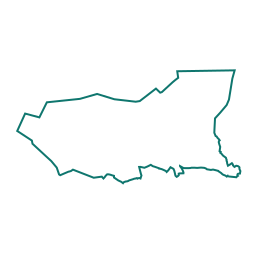 Ekwusigo, Anambra, Nigeria, rotated 88°
{"feature_id": "59680162B99060674505372", "entity_name": "Ekwusigo", "entity_type": "district", "adm_level": 2, "iso_a3": "NGA", "parent_name": "Nigeria", "parent_adm1": "Anambra", "projection": "equal_earth", "projection_center": [6.858, 5.982], "detail": "fine", "context": "isolated", "style": "outline", "palette": "teal", "viewbox_px": 256, "rotation_deg": 88, "n_neighbors": 0, "source": "geoboundaries", "source_scale": "gbopen_adm2", "svg_char_len": 2398}
<svg xmlns="http://www.w3.org/2000/svg" viewBox="0 0 256 256"><g transform="rotate(88 128 128)"><path d="M74.1,19.4L73.0,76.8L79.6,76.1L81.8,79.2L83.9,81.9L93.3,92.9L93.8,94.6L89.6,98.7L101.5,115.3L102.0,119.4L98.8,140.6L92.9,157.7L97.2,175.0L99.5,208.2L114.3,216.2L110.0,230.3L127.1,238.8L137.2,224.5L140.4,224.0L153.2,211.1L158.4,205.8L165.1,200.6L172.0,198.5L172.8,197.4L169.6,189.1L169.4,188.0L169.0,186.5L167.7,184.5L172.3,173.8L176.5,164.0L175.7,155.9L177.6,154.3L176.2,152.9L175.1,152.1L173.6,150.5L173.6,149.2L173.9,147.9L174.1,147.2L174.8,145.4L175.3,143.7L177.0,143.7L180.1,139.5L181.5,136.7L183.0,134.9L182.1,134.2L181.5,132.7L181.5,132.2L181.3,131.8L181.3,131.5L181.3,130.9L181.3,130.7L181.2,130.4L181.1,130.1L181.0,129.7L180.8,129.4L180.4,128.7L179.4,125.0L178.9,123.5L178.7,121.8L178.5,121.5L178.4,121.0L178.4,120.8L178.9,120.3L178.6,119.7L178.4,118.4L178.9,117.3L175.9,116.2L174.7,116.6L170.7,117.5L167.3,118.2L167.3,117.9L167.3,117.0L168.3,113.0L167.2,110.0L165.6,106.5L167.0,104.6L167.6,102.8L169.4,98.2L169.7,98.2L169.8,97.4L170.3,95.7L171.3,93.6L172.3,91.7L172.7,91.3L173.3,90.9L171.9,89.4L170.8,88.5L168.7,86.9L170.4,84.0L172.1,83.3L174.4,82.8L176.6,82.4L177.5,82.1L178.5,81.0L177.7,79.7L176.9,78.9L176.5,78.9L175.4,78.9L175.2,78.3L175.2,74.2L174.4,74.1L172.5,74.7L170.3,75.7L168.0,77.3L167.9,77.3L169.8,74.2L170.0,73.5L170.1,72.2L170.2,68.9L170.2,67.4L169.9,65.7L170.0,63.2L170.3,60.2L170.1,56.4L170.5,53.1L171.2,51.5L172.0,50.6L172.8,46.6L172.5,44.5L173.1,42.3L174.0,39.3L174.3,39.2L176.3,36.4L177.1,35.7L177.9,34.7L178.3,33.9L178.8,32.7L179.1,32.1L180.0,31.0L179.3,30.1L179.6,30.0L180.0,28.6L181.0,21.4L180.3,20.9L179.7,19.9L179.6,20.0L179.1,20.3L178.6,20.3L178.0,20.1L177.6,19.6L177.4,17.7L177.2,17.7L176.0,17.4L175.0,17.2L174.6,17.3L173.8,17.7L172.7,18.1L171.9,18.0L171.2,18.0L170.8,18.3L170.4,18.8L170.0,19.3L169.8,19.9L169.5,21.2L169.8,21.7L170.2,22.4L170.6,22.8L170.2,23.4L170.0,23.5L169.0,24.4L168.5,24.4L167.9,24.6L167.5,24.9L166.8,25.4L167.9,27.1L169.2,29.4L168.3,29.7L167.6,29.9L166.3,30.2L165.3,30.2L164.6,30.5L164.2,30.7L163.5,30.5L162.0,31.0L161.1,31.2L159.0,33.9L156.7,35.7L156.0,36.6L155.1,36.2L154.4,37.3L150.1,36.5L147.5,37.3L145.3,37.8L144.3,37.6L143.5,36.8L142.1,37.8L141.1,38.8L140.1,39.4L139.5,39.8L139.1,40.7L135.8,41.9L131.9,41.6L121.4,40.7L116.0,35.4L108.5,28.6L103.1,26.1L82.3,22.0L74.1,19.4Z" fill="none" stroke="#0f766e" stroke-width="2"/></g></svg>